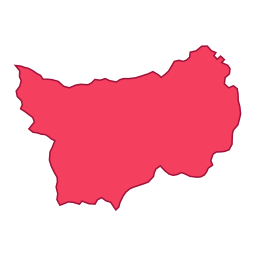 Alambari, São Paulo, Brazil
{"feature_id": "56859067B9588221424394", "entity_name": "Alambari", "entity_type": "district", "adm_level": 2, "iso_a3": "BRA", "parent_name": "Brazil", "parent_adm1": "São Paulo", "projection": "orthographic", "projection_center": [-47.872, -23.55], "detail": "fine", "context": "isolated", "style": "filled", "palette": "rose", "viewbox_px": 256, "rotation_deg": 0, "n_neighbors": 0, "source": "geoboundaries", "source_scale": "gbopen_adm2", "svg_char_len": 1747}
<svg xmlns="http://www.w3.org/2000/svg" viewBox="0 0 256 256"><path d="M239.8,106.6L238.2,100.5L238.0,93.8L237.2,88.7L233.4,85.8L228.7,87.8L224.4,83.9L225.1,77.7L229.4,73.9L230.0,68.6L227.7,65.3L221.7,62.6L224.4,59.6L220.6,56.1L217.2,59.2L213.9,55.7L215.9,52.6L211.4,50.8L207.3,46.1L201.8,46.2L196.2,50.8L190.2,52.2L189.7,57.1L186.8,59.9L183.2,61.4L179.1,60.3L174.3,61.4L171.6,66.1L168.5,71.2L164.7,74.7L161.2,77.3L158.5,74.9L152.9,71.6L148.2,73.8L142.5,75.7L135.3,77.9L129.1,78.6L123.7,78.6L120.1,79.6L116.3,82.0L109.4,80.6L105.3,78.6L100.2,80.2L94.9,79.5L91.5,82.9L88.2,84.7L84.8,84.6L80.6,84.3L75.8,85.1L69.4,87.8L63.7,86.3L58.3,81.4L51.8,79.6L47.3,79.2L43.0,79.2L40.4,75.3L37.1,73.7L33.0,70.8L28.5,68.4L24.8,67.5L20.8,66.1L15.4,65.5L19.7,70.8L19.5,76.8L21.2,80.6L19.8,86.2L16.2,91.1L17.3,96.6L21.4,100.7L22.3,104.6L20.6,108.8L25.2,111.8L29.1,114.8L32.7,117.4L34.4,122.0L28.9,128.9L32.9,132.2L37.8,133.0L41.3,134.2L45.4,134.6L48.4,136.5L51.5,139.1L54.9,140.6L52.4,147.1L50.0,152.0L49.4,160.1L51.4,166.5L54.3,172.4L57.1,177.3L57.4,181.6L56.1,187.1L57.8,193.7L56.9,199.6L59.9,205.2L63.9,203.7L68.3,201.9L73.0,202.3L79.4,204.2L82.0,201.1L88.9,203.7L95.0,204.1L97.4,199.8L101.7,197.6L105.8,200.7L110.7,202.3L115.8,209.9L118.7,207.2L119.9,202.7L123.0,196.2L125.7,192.3L130.0,188.6L134.0,187.0L143.9,183.7L148.2,182.1L153.5,176.5L154.2,172.9L155.9,169.0L160.3,165.9L165.0,170.9L169.2,174.1L173.1,175.3L176.6,174.7L181.7,172.6L186.3,174.5L190.0,176.3L197.1,177.2L200.9,176.8L204.4,174.9L206.6,171.8L208.2,168.2L212.6,165.1L210.8,160.4L213.1,154.0L216.4,152.0L221.1,151.8L224.6,151.4L229.0,149.8L232.0,144.3L232.2,138.7L232.4,134.0L233.3,130.2L237.9,124.8L239.5,118.7L240.6,113.9L239.8,106.6Z" fill="#f43f5e" stroke="#9f1239" stroke-width="1.5"/></svg>